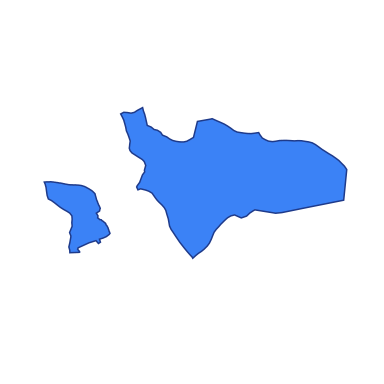 outline of Al Mahabishah, Hajjah, Yemen, rotated 319°
{"feature_id": "15242507B79718880947555", "entity_name": "Al Mahabishah", "entity_type": "district", "adm_level": 2, "iso_a3": "YEM", "parent_name": "Yemen", "parent_adm1": "Hajjah", "projection": "mercator", "projection_center": [43.424, 15.924], "detail": "fine", "context": "isolated", "style": "filled", "palette": "blue", "viewbox_px": 384, "rotation_deg": 319, "n_neighbors": 0, "source": "geoboundaries", "source_scale": "gbopen_adm2", "svg_char_len": 4419}
<svg xmlns="http://www.w3.org/2000/svg" viewBox="0 0 384 384"><g transform="rotate(319 192 192)"><path d="M149.1,242.5L149.6,242.5L153.2,242.4L156.6,242.5L160.2,243.0L163.6,243.1L168.1,242.8L171.6,242.0L175.6,240.3L179.0,238.5L182.2,236.9L185.7,236.1L189.6,235.7L192.7,235.2L193.3,235.2L197.7,234.9L200.2,234.8L202.0,234.8L205.6,235.5L209.0,237.2L209.2,237.5L212.2,243.9L217.4,246.0L221.8,245.8L225.5,246.3L227.7,246.7L239.4,260.7L241.1,262.8L246.3,266.5L266.1,277.7L297.6,295.7L301.1,297.7L323.5,276.6L324.0,272.5L323.7,268.3L323.5,264.6L322.8,261.3L321.7,256.8L320.3,252.6L319.1,248.5L318.1,245.2L317.2,241.1L316.3,237.3L315.0,233.8L312.9,230.7L310.6,228.0L308.2,225.1L305.6,222.7L302.8,220.6L300.2,218.0L297.2,215.1L294.5,212.8L291.8,210.6L288.6,208.7L285.8,206.8L283.1,203.8L281.6,200.6L280.4,197.2L280.5,197.0L280.8,193.4L281.3,190.9L280.9,190.7L279.9,190.0L278.0,188.8L274.9,186.7L272.2,184.2L269.9,181.7L267.6,179.0L265.4,176.4L263.9,173.0L263.1,169.2L262.1,165.5L260.9,161.9L259.3,158.4L257.8,155.3L255.3,149.9L253.9,149.2L242.4,142.3L228.9,151.8L225.3,151.1L224.9,151.1L223.0,150.6L221.6,150.4L218.6,148.8L215.9,146.4L214.4,144.7L213.2,143.3L211.2,140.4L209.9,137.2L209.1,133.8L207.0,129.7L207.5,126.4L206.4,122.7L204.3,119.8L204.2,118.8L203.8,116.2L201.9,112.4L205.6,105.6L207.3,102.2L208.5,99.0L210.1,95.9L204.5,94.6L202.5,94.3L200.8,94.1L197.7,92.5L195.4,89.7L192.8,87.1L189.4,86.3L188.6,89.7L187.6,93.2L187.2,93.9L186.0,96.5L184.5,99.6L182.6,102.8L181.9,105.1L181.6,106.1L180.2,109.7L178.8,113.0L176.0,115.4L175.3,116.1L173.4,117.8L172.4,120.1L172.3,123.1L174.3,130.0L174.4,130.3L175.4,133.6L175.8,135.0L175.9,137.7L174.5,141.6L170.3,144.4L169.5,145.8L168.0,146.1L165.8,146.6L158.8,150.4L155.8,151.1L154.8,151.3L153.5,151.9L152.6,154.9L155.3,155.9L158.2,160.0L159.9,163.0L161.0,166.3L161.1,166.8L160.5,172.4L160.3,175.1L160.4,177.8L160.8,182.1L160.8,185.6L160.3,188.1L160.2,188.6L158.4,192.4L156.5,196.7L154.7,199.7L152.7,203.0L151.7,206.5L151.3,210.1L150.7,214.4L150.3,217.8L149.8,221.9L149.6,225.7L149.4,229.7L149.3,233.6L149.3,237.5L149.4,241.4L149.1,242.5ZM60.0,157.7L67.2,163.5L67.7,163.7L68.1,163.2L68.1,160.2L69.5,159.4L81.0,162.8L84.4,164.3L87.6,165.7L87.6,169.5L90.0,169.8L91.2,166.9L94.6,168.4L98.2,169.5L101.7,169.7L103.0,169.4L103.1,169.1L103.2,168.6L103.5,168.2L103.5,167.7L103.8,167.0L104.0,166.6L104.2,166.2L104.4,165.7L104.5,165.2L104.8,164.7L104.9,164.3L105.1,164.0L105.2,163.7L105.3,163.2L105.4,162.7L105.5,162.1L105.7,161.5L105.6,160.3L106.2,159.1L106.1,158.4L106.1,158.0L105.9,157.7L105.9,157.0L105.8,156.5L105.7,156.0L105.6,155.3L105.3,154.8L105.3,153.4L104.3,152.3L104.2,152.2L104.2,151.7L104.2,151.1L103.8,149.6L104.5,149.2L104.8,148.9L105.1,148.4L105.4,148.3L105.9,145.2L109.8,145.7L110.9,144.8L111.2,144.5L111.7,144.4L112.0,144.2L112.2,143.7L112.4,143.1L112.5,142.7L112.7,142.2L112.9,141.6L112.9,141.2L113.0,140.7L113.2,140.2L113.4,139.5L113.7,138.9L113.7,138.5L114.0,137.8L114.2,137.4L114.5,136.9L114.5,136.3L114.8,135.6L115.0,135.0L115.3,134.4L115.6,133.9L115.9,133.2L116.3,132.4L116.6,131.7L117.1,130.7L117.3,130.3L117.6,129.9L117.6,129.6L117.6,129.0L117.6,128.5L117.6,128.1L117.5,127.5L117.5,126.9L117.4,126.2L117.3,125.5L117.1,124.6L116.9,124.2L116.8,123.7L116.4,122.5L116.3,121.9L115.9,121.0L115.6,120.2L115.3,119.3L115.1,118.7L114.9,118.4L114.7,117.9L114.6,117.5L114.4,117.2L114.0,116.6L113.8,116.3L113.6,115.8L113.2,115.3L112.9,114.8L112.7,114.5L112.5,114.2L112.2,113.9L112.0,113.7L111.6,113.2L111.0,112.6L110.7,112.2L110.2,111.7L109.9,111.5L109.5,111.0L109.2,110.8L108.6,110.1L108.1,109.7L107.6,109.3L106.9,108.7L106.6,108.4L106.4,108.1L105.9,107.7L105.5,107.3L104.9,106.8L104.6,106.5L104.2,106.0L103.5,105.3L103.2,104.9L102.9,104.5L102.5,104.0L102.0,103.4L101.4,102.7L101.1,102.2L100.7,101.7L100.3,101.2L99.8,100.5L99.2,99.7L98.9,99.4L98.6,98.9L98.0,98.4L97.7,98.1L97.5,97.7L97.1,97.3L96.9,97.0L96.7,96.7L96.4,96.4L96.0,96.0L95.7,95.6L95.1,94.9L94.6,94.4L94.2,93.9L94.0,93.6L93.7,93.3L93.3,92.9L92.9,92.5L92.4,91.9L91.9,91.4L91.3,91.0L90.6,90.5L90.2,90.1L89.8,89.8L89.3,89.3L88.8,88.9L88.4,88.6L87.8,88.2L87.5,87.9L87.0,87.6L86.4,89.6L84.9,92.7L82.9,95.7L80.4,99.6L79.0,103.0L80.3,106.2L81.1,109.6L81.8,113.4L82.5,117.0L83.6,120.8L84.8,124.1L84.9,124.3L85.9,127.7L85.8,129.4L85.7,131.2L83.7,133.9L81.2,136.3L79.1,139.2L73.0,142.3L71.8,145.6L71.0,146.5L66.7,150.0L63.0,152.7L61.5,155.8L60.1,157.6L60.0,157.7Z" fill="#3b82f6" stroke="#1e3a8a" stroke-width="1.5"/></g></svg>